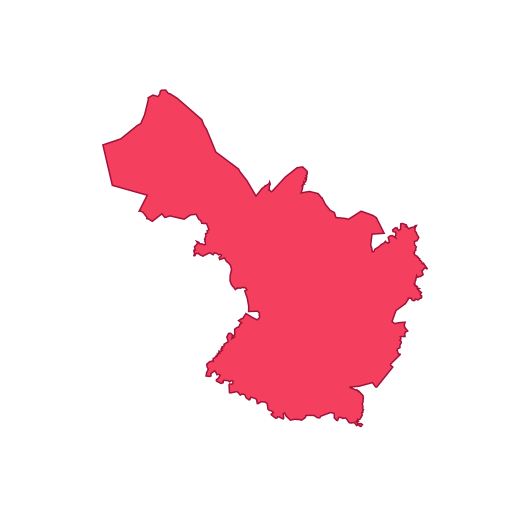 the district of Huitzuco de los Figueroa, Guerrero, Mexico, rotated 129°
{"feature_id": "50627088B46995962784697", "entity_name": "Huitzuco de los Figueroa", "entity_type": "district", "adm_level": 2, "iso_a3": "MEX", "parent_name": "Mexico", "parent_adm1": "Guerrero", "projection": "orthographic", "projection_center": [-99.245, 18.192], "detail": "fine", "context": "isolated", "style": "filled", "palette": "rose", "viewbox_px": 512, "rotation_deg": 129, "n_neighbors": 0, "source": "geoboundaries", "source_scale": "gbopen_adm2", "svg_char_len": 6095}
<svg xmlns="http://www.w3.org/2000/svg" viewBox="0 0 512 512"><g transform="rotate(129 256 256)"><path d="M369.9,162.2L369.5,161.5L366.3,160.4L365.6,159.7L363.9,157.2L363.6,155.3L363.9,154.1L367.5,150.3L367.6,148.6L366.6,146.3L366.6,144.3L367.2,143.8L369.1,144.7L369.8,144.3L369.7,138.7L368.6,137.7L367.4,138.0L366.6,137.0L365.6,132.4L364.4,132.5L361.5,135.5L360.2,135.2L360.1,134.6L361.4,132.0L361.9,125.9L358.4,123.1L356.7,120.4L356.1,120.2L355.0,117.3L351.2,116.1L349.6,116.2L348.8,116.9L348.1,116.5L343.5,110.7L343.0,106.5L341.7,104.6L339.6,104.8L330.8,99.6L329.3,96.8L329.4,95.9L332.6,93.2L333.0,89.9L332.5,89.1L329.5,90.1L327.9,88.3L327.8,86.5L325.6,84.6L325.5,83.4L326.9,78.8L325.9,76.9L323.5,74.7L324.5,71.1L322.8,70.3L322.8,67.6L322.0,67.1L320.0,67.2L320.2,69.0L322.4,71.4L321.4,72.2L321.6,73.9L320.9,74.0L320.1,72.8L319.9,73.8L318.8,74.2L318.5,73.0L317.4,72.5L312.9,73.2L311.5,75.0L310.7,75.1L310.3,74.6L309.4,75.5L308.0,75.7L308.2,76.2L305.6,78.3L303.9,80.6L302.6,80.7L298.5,83.5L297.1,85.1L296.3,91.2L296.7,91.6L296.4,92.4L296.8,91.9L296.8,92.2L296.4,93.3L297.1,93.5L299.2,100.9L292.3,93.9L281.1,85.8L282.5,80.6L281.9,79.7L256.2,79.8L256.1,83.0L255.2,83.4L241.9,81.9L241.6,82.6L242.5,82.8L242.6,83.4L240.5,87.0L239.2,87.5L236.6,86.4L234.7,88.1L231.9,88.5L231.0,89.6L231.0,91.2L230.3,90.9L229.0,91.4L227.8,93.2L224.8,89.5L222.9,91.4L221.2,92.0L218.8,90.9L218.0,94.9L216.8,97.0L213.6,98.5L217.5,102.6L221.2,105.7L221.4,109.0L210.4,112.9L198.8,109.9L193.9,110.5L192.9,111.1L191.1,108.8L192.0,107.4L191.7,105.5L190.6,104.6L189.7,105.1L188.8,104.8L188.3,102.5L185.4,101.8L184.8,101.1L183.7,101.3L182.7,102.4L183.1,102.8L182.5,104.2L180.3,104.4L180.3,105.6L180.9,106.2L180.2,106.8L180.5,107.7L180.1,108.9L178.5,108.5L179.0,109.8L179.9,109.9L179.4,111.0L178.2,111.5L178.4,112.7L179.0,113.2L178.4,113.9L178.5,115.3L177.3,115.2L176.5,116.0L173.8,116.8L173.4,117.5L172.5,117.5L170.3,118.7L170.9,117.4L170.3,116.5L169.2,116.3L168.5,115.3L165.9,114.4L165.3,114.4L163.2,117.7L160.9,117.3L159.3,117.6L158.8,117.1L158.3,114.4L156.3,121.2L157.0,121.2L157.4,122.0L156.3,123.4L156.0,125.5L156.4,126.3L155.2,127.0L155.4,128.2L154.9,129.0L155.4,129.8L154.8,130.7L155.3,132.6L154.5,135.1L153.4,135.0L152.6,135.8L150.9,135.5L149.5,136.8L148.1,137.1L147.3,140.1L145.0,142.0L142.7,140.5L139.2,141.1L137.7,145.1L136.8,146.2L136.7,148.1L134.0,150.1L131.3,150.5L132.0,151.2L134.6,151.7L136.0,153.2L138.8,154.5L138.2,156.7L138.8,158.0L137.9,157.6L137.2,158.7L138.6,162.8L139.9,163.8L144.4,160.4L146.5,161.3L145.4,164.1L146.0,164.1L146.3,165.4L149.7,166.2L150.8,164.9L149.6,162.3L151.2,160.9L153.5,159.9L153.9,159.0L154.4,163.1L156.1,164.5L158.4,165.0L161.2,161.0L162.2,161.7L162.8,161.3L163.4,163.8L163.1,164.6L166.1,164.8L167.8,165.8L171.1,166.2L176.1,167.9L178.3,167.1L179.5,168.4L176.9,171.1L175.4,173.7L166.0,179.6L157.7,170.7L150.5,186.6L150.9,190.8L155.0,202.5L169.1,207.2L170.9,210.7L175.8,218.1L172.9,222.4L173.8,227.2L172.3,234.4L169.2,241.4L169.5,241.7L168.4,247.0L172.2,255.1L178.6,260.7L174.1,262.4L172.4,264.4L171.4,264.5L171.6,263.9L170.8,264.4L169.7,263.7L169.7,264.3L168.5,265.4L168.6,264.6L166.9,264.2L165.5,264.9L165.4,265.4L164.6,265.1L164.2,266.2L164.7,266.5L164.3,266.8L163.8,265.9L162.9,266.1L162.1,266.9L162.0,267.7L161.3,267.4L159.5,268.2L159.6,268.7L158.8,268.7L157.9,269.8L157.4,275.8L161.5,279.6L176.2,282.9L196.2,284.2L196.6,287.6L196.1,287.4L193.6,289.4L191.1,290.2L189.9,292.0L191.5,291.4L195.2,292.5L195.5,293.1L196.1,292.8L199.6,293.8L209.4,293.7L203.1,310.7L200.5,321.9L199.4,324.2L200.5,352.6L188.7,374.2L187.2,378.8L184.2,383.9L183.0,416.3L184.0,425.0L184.9,426.4L183.9,430.6L186.5,433.7L188.1,434.1L190.7,432.7L193.8,432.5L195.8,437.4L201.0,439.4L202.2,438.1L216.4,431.4L225.6,428.9L229.4,430.4L250.1,434.8L266.0,444.9L291.5,412.1L277.2,378.8L294.7,375.0L293.6,373.6L293.2,370.9L294.7,364.8L295.7,364.4L294.9,363.0L294.3,358.4L282.5,355.7L283.4,351.0L279.0,348.1L272.6,335.0L265.2,332.7L261.3,328.8L263.5,323.4L263.2,321.3L264.7,318.7L261.9,314.7L265.2,309.1L267.3,309.9L267.9,308.6L268.6,308.3L270.4,309.3L271.9,307.5L275.4,306.5L275.4,305.5L276.8,305.2L276.8,304.6L278.8,302.6L279.9,303.3L280.7,305.9L281.7,306.8L282.0,308.1L281.3,308.8L282.0,311.3L282.5,309.7L284.2,309.3L287.6,309.6L289.1,307.3L289.9,307.6L289.7,307.1L290.2,306.9L291.3,307.4L292.9,305.1L294.8,304.6L294.8,304.1L293.9,303.7L292.5,304.2L291.2,303.7L290.7,302.5L290.2,302.5L290.3,299.8L289.9,299.5L289.6,297.2L282.7,294.1L282.0,290.1L280.1,290.3L279.5,289.9L278.6,287.6L278.6,285.7L277.2,284.7L276.8,283.4L277.8,283.1L280.4,283.7L281.6,282.0L277.4,279.2L278.8,275.4L278.7,272.7L279.3,270.1L280.4,268.4L281.9,266.5L287.4,263.8L291.5,260.7L293.6,257.4L295.1,250.9L292.9,250.5L293.1,250.2L291.8,249.4L290.8,247.8L288.5,246.5L288.4,245.5L287.3,244.4L288.0,241.8L290.2,242.8L294.3,236.2L299.5,230.2L303.8,226.8L297.9,220.0L298.2,217.4L299.7,216.6L300.9,214.9L301.6,214.5L304.9,214.9L306.1,220.3L307.0,227.6L312.8,227.0L314.0,227.9L317.2,228.9L317.0,225.0L319.2,225.6L320.6,225.0L322.4,224.9L323.5,225.8L326.4,226.5L330.2,223.1L331.9,223.1L332.3,221.7L335.4,222.8L332.5,224.1L332.2,224.7L332.1,227.1L332.8,228.2L333.7,228.5L337.4,227.7L339.9,223.6L344.7,225.3L345.8,224.2L348.2,225.2L348.7,224.2L349.1,224.9L350.6,224.4L350.6,223.0L351.2,223.6L351.8,223.2L352.8,223.6L353.1,224.9L354.2,224.2L354.3,223.3L354.8,224.0L355.5,223.5L356.6,223.5L356.5,224.2L357.2,223.7L358.1,224.0L358.1,223.3L358.8,223.1L359.4,223.9L361.7,224.2L362.6,224.8L364.8,223.0L365.0,223.9L366.4,224.6L366.9,225.4L371.2,226.2L373.1,224.0L373.9,221.9L377.8,220.9L380.7,219.3L378.8,216.2L377.5,215.5L375.8,217.1L371.3,215.8L371.6,214.0L372.9,211.7L371.2,210.1L371.3,208.8L374.6,208.3L377.0,208.9L377.9,208.4L378.0,207.6L377.0,202.9L375.2,201.8L374.4,202.1L374.1,202.9L372.8,202.8L370.4,199.1L370.4,197.2L368.1,196.6L367.8,195.0L368.4,194.4L370.4,193.9L371.0,194.2L372.0,196.0L373.2,195.8L378.9,190.6L378.5,189.7L373.5,185.6L373.3,184.1L374.0,180.7L372.0,180.0L371.0,178.0L371.1,176.7L372.4,174.5L372.2,170.8L371.4,170.4L369.1,171.2L367.4,167.7L367.1,166.0L367.4,164.9L369.9,162.2Z" fill="#f43f5e" stroke="#9f1239" stroke-width="1.5"/></g></svg>